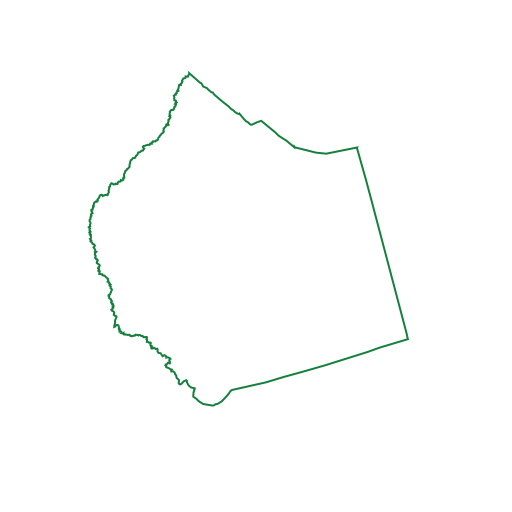 Same, Kilimanjaro, United Republic of Tanzania, rotated 40°
{"feature_id": "72390352B83063272545753", "entity_name": "Same", "entity_type": "district", "adm_level": 2, "iso_a3": "TZA", "parent_name": "United Republic of Tanzania", "parent_adm1": "Kilimanjaro", "projection": "albers", "projection_center": [37.677, -4.203], "detail": "fine", "context": "isolated", "style": "outline", "palette": "green", "viewbox_px": 512, "rotation_deg": 40, "n_neighbors": 0, "source": "geoboundaries", "source_scale": "gbopen_adm2", "svg_char_len": 6070}
<svg xmlns="http://www.w3.org/2000/svg" viewBox="0 0 512 512"><g transform="rotate(40 256 256)"><path d="M87.3,158.9L88.0,159.6L88.0,161.0L88.6,162.3L86.7,163.7L87.3,164.2L87.5,165.2L86.2,166.7L86.7,169.5L87.5,169.6L88.0,171.0L87.6,172.5L88.5,173.3L87.3,174.3L87.2,174.6L88.9,177.4L89.4,179.6L90.4,179.5L90.3,179.9L89.8,180.4L89.8,181.1L89.9,181.9L90.5,182.2L90.2,183.6L90.8,184.0L90.3,184.6L90.0,186.1L91.4,186.8L92.1,188.1L92.8,188.5L93.4,189.2L94.7,188.5L95.4,188.9L95.6,189.7L96.5,189.5L96.3,191.4L97.2,191.0L97.4,191.4L97.2,192.0L98.1,193.3L97.7,194.4L98.7,196.4L98.7,197.2L98.3,197.4L98.1,198.1L97.2,198.5L97.2,200.8L97.9,201.4L98.1,202.1L98.8,203.1L99.8,203.4L99.5,204.0L99.7,204.7L100.8,204.5L101.5,204.9L101.4,206.6L101.8,207.2L101.4,208.0L101.9,208.7L102.4,208.9L102.9,210.4L103.7,211.4L104.7,211.7L104.5,212.4L103.3,212.1L102.7,212.8L103.7,214.8L103.4,215.8L103.6,216.6L103.2,217.7L104.3,218.7L104.6,219.7L105.4,220.0L105.5,221.7L105.0,223.0L105.2,224.3L105.0,225.8L105.4,226.6L105.2,228.0L106.1,230.1L106.1,230.7L105.2,231.5L105.4,232.8L103.4,234.3L103.8,235.4L103.1,236.1L104.0,237.0L102.7,238.0L103.1,239.3L101.4,240.6L99.8,243.4L99.2,244.0L99.2,245.2L100.6,245.7L101.3,245.6L101.6,248.0L100.8,248.6L100.4,250.0L100.5,250.6L100.1,251.5L99.2,252.4L100.1,254.9L99.7,255.9L100.2,258.6L98.8,260.1L98.9,262.0L98.6,262.8L98.8,264.1L100.0,266.1L100.2,266.9L101.2,268.4L101.8,268.8L101.7,271.9L101.3,272.3L101.7,273.6L101.2,274.7L102.2,276.9L102.3,278.4L104.5,280.2L104.6,280.8L104.0,281.3L104.1,281.5L104.7,281.1L104.8,281.2L104.9,282.2L105.4,283.0L105.3,283.7L104.7,284.3L103.6,284.7L104.3,285.9L104.0,286.6L103.0,287.3L102.9,288.1L103.6,289.9L103.0,290.5L102.1,290.6L101.8,290.9L102.0,291.6L100.7,292.9L99.9,292.7L98.5,293.2L98.6,295.3L99.5,296.6L99.2,297.8L100.5,299.0L101.0,300.8L102.2,301.5L102.5,302.5L102.5,304.0L103.2,304.5L103.1,304.9L101.3,306.0L100.0,308.6L99.1,308.1L98.2,308.5L97.5,310.0L97.6,310.5L97.9,310.8L98.3,312.6L98.3,314.8L99.2,315.2L99.4,316.3L99.0,317.0L98.3,317.0L97.8,319.2L99.3,321.8L98.9,322.2L99.5,323.2L100.1,323.1L100.5,325.2L101.1,325.6L100.9,326.1L100.3,326.3L100.2,326.5L101.2,327.6L102.5,327.8L103.3,328.3L102.7,329.4L102.9,330.3L104.1,330.9L103.8,331.8L104.6,332.5L104.6,333.3L105.5,334.1L105.4,335.4L106.1,336.3L107.6,336.8L108.4,337.5L108.7,338.9L109.9,339.7L109.4,341.4L111.2,341.6L111.2,342.4L111.9,343.3L112.7,343.4L112.9,343.9L113.6,343.9L113.2,345.0L114.5,345.3L114.5,346.1L115.3,346.5L115.7,345.9L116.1,345.9L116.4,346.7L117.9,348.2L118.2,348.8L117.9,349.6L118.2,349.7L118.6,349.4L119.0,350.0L119.7,350.0L119.6,350.7L119.8,351.2L121.7,351.1L122.9,351.8L124.3,351.2L126.0,351.6L126.0,352.6L126.2,353.1L126.0,353.8L128.2,354.4L129.9,355.5L131.0,355.4L130.9,356.1L130.2,356.8L131.2,357.5L131.5,358.4L131.8,358.6L133.2,359.0L133.9,360.8L134.4,360.6L135.2,361.1L135.7,360.7L137.4,360.9L137.8,361.5L137.6,362.3L138.5,363.7L141.7,363.4L142.5,363.8L142.8,365.1L142.6,365.9L143.2,365.9L143.3,366.1L143.2,367.1L144.4,367.1L144.8,368.8L145.1,368.9L146.2,368.2L147.4,370.5L150.1,368.8L150.8,369.5L151.6,369.1L152.4,368.4L155.6,368.7L156.7,368.5L157.3,368.7L157.5,369.2L158.1,369.3L158.9,370.0L158.9,371.0L160.1,370.6L160.7,370.7L161.1,371.4L161.5,371.3L162.1,371.8L162.3,371.3L163.1,371.4L163.0,372.8L164.4,372.8L165.4,374.2L166.5,374.1L167.3,374.4L168.8,379.2L168.2,380.6L168.5,381.3L168.8,381.5L169.4,381.3L169.5,381.7L170.5,382.3L170.8,382.8L172.6,382.4L173.5,383.0L174.6,383.1L174.9,383.7L174.6,384.6L175.1,384.9L175.7,384.7L176.1,384.9L177.8,386.2L177.3,385.4L177.4,384.8L178.8,385.6L179.3,386.2L179.0,386.8L179.6,387.2L179.2,387.6L180.1,388.4L179.7,390.1L180.7,390.5L182.3,390.1L183.7,390.3L183.8,390.0L184.0,391.2L184.7,391.6L184.9,392.5L186.3,392.5L187.8,391.9L188.4,392.6L189.4,395.9L190.1,396.9L190.8,397.3L192.3,400.6L193.0,401.5L193.5,400.5L193.2,399.2L193.9,398.2L195.0,397.5L197.4,399.1L197.7,400.0L198.2,400.2L198.8,399.8L199.3,401.0L200.0,401.6L200.3,400.8L201.3,400.5L202.4,400.9L202.4,401.7L203.8,400.8L204.0,400.1L204.7,400.9L205.4,401.0L205.8,400.2L206.7,400.0L207.2,399.5L208.7,398.8L209.5,397.7L209.8,397.6L211.2,398.0L211.6,397.5L212.3,397.4L212.5,396.8L213.3,396.4L213.6,395.4L214.5,394.7L214.3,393.7L215.6,393.0L216.4,392.2L217.0,392.3L217.0,392.0L218.1,391.0L219.7,391.0L220.5,390.1L222.0,390.5L224.3,388.3L224.7,388.4L225.2,388.9L225.4,390.1L226.4,390.3L227.6,391.9L228.4,391.2L229.7,391.2L230.8,390.1L231.4,390.3L231.7,391.4L233.0,392.6L233.6,392.7L233.8,392.1L234.3,392.0L234.6,393.5L235.1,394.0L235.6,393.9L235.6,393.3L236.4,393.1L236.5,392.2L236.9,391.8L238.9,391.7L239.9,390.5L240.7,390.8L242.0,392.5L243.1,392.8L243.9,392.8L245.4,391.8L248.9,392.8L249.3,391.3L249.6,390.8L251.5,390.6L252.6,391.5L252.8,390.8L253.9,390.2L255.3,389.7L256.5,389.8L256.1,390.5L256.7,391.8L257.8,392.2L259.0,393.5L259.0,393.8L258.6,394.0L257.7,393.9L257.1,394.4L257.3,396.8L256.6,397.2L256.9,398.1L258.2,398.2L258.5,398.8L258.9,398.9L260.7,398.1L262.9,397.8L264.4,397.2L264.4,398.0L265.3,398.9L266.7,397.6L268.6,397.6L270.2,398.6L271.5,398.7L272.8,399.9L274.0,400.5L275.4,400.4L276.7,400.6L277.2,401.0L278.3,403.0L279.6,403.4L280.5,403.1L281.1,401.6L281.1,398.7L282.4,396.0L283.4,396.1L284.1,397.0L287.0,398.3L288.9,398.5L290.9,398.4L294.0,396.8L294.4,397.7L294.6,397.6L295.9,400.8L297.2,402.4L297.6,403.3L298.5,404.1L301.7,403.7L304.9,404.0L306.7,403.9L310.7,403.3L318.4,398.8L319.7,397.7L320.2,395.7L321.6,394.1L323.2,389.3L323.6,382.2L323.6,378.1L323.3,376.5L323.4,375.1L323.7,374.1L344.9,346.3L354.8,331.1L366.4,314.3L379.2,295.3L403.4,257.4L409.6,246.7L425.8,222.1L420.7,218.2L307.3,138.2L290.6,126.5L263.8,108.3L263.7,107.9L244.0,132.5L235.6,138.2L215.7,147.9L215.4,147.8L215.6,148.1L204.5,148.1L202.7,148.5L196.0,149.3L191.2,148.9L173.1,149.1L170.5,153.5L168.7,157.6L167.6,158.8L166.5,158.9L163.4,158.7L162.0,159.2L159.1,158.9L152.2,157.7L152.3,157.9L150.3,158.8L147.3,159.2L144.9,159.0L142.3,159.4L139.0,159.0L131.4,159.3L120.5,159.2L119.5,159.1L117.9,158.5L116.7,159.2L115.9,159.3L111.9,159.2L110.6,158.9L106.7,160.1L103.0,158.8L101.5,159.2L87.3,158.9Z" fill="none" stroke="#15803d" stroke-width="2"/></g></svg>